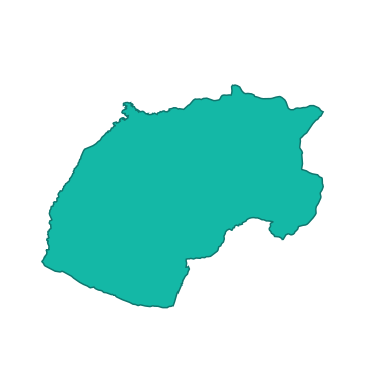 the district of El Castillo, Meta, Colombia, rotated 115°
{"feature_id": "7082276B77029977474757", "entity_name": "El Castillo", "entity_type": "district", "adm_level": 2, "iso_a3": "COL", "parent_name": "Colombia", "parent_adm1": "Meta", "projection": "robinson", "projection_center": [-73.882, 3.627], "detail": "fine", "context": "isolated", "style": "filled", "palette": "teal", "viewbox_px": 384, "rotation_deg": 115, "n_neighbors": 0, "source": "geoboundaries", "source_scale": "gbopen_adm2", "svg_char_len": 6062}
<svg xmlns="http://www.w3.org/2000/svg" viewBox="0 0 384 384"><g transform="rotate(115 192 192)"><path d="M63.9,107.0L63.9,108.9L63.3,110.6L62.8,111.2L62.2,112.8L62.3,118.3L63.9,121.6L66.6,123.7L67.7,125.2L68.4,126.8L70.5,129.5L71.4,132.1L72.4,133.4L74.5,134.8L75.6,137.0L75.8,137.9L75.5,139.8L75.1,140.5L70.7,144.8L69.3,146.9L68.4,150.5L68.3,152.3L68.6,153.2L70.5,155.9L73.3,159.0L74.2,160.4L77.4,166.9L78.0,169.0L78.3,172.5L78.9,175.7L77.9,176.7L77.9,179.5L79.0,182.9L80.3,185.2L80.3,187.0L79.3,189.5L76.7,193.1L76.5,195.9L76.9,198.3L77.6,198.7L78.1,200.4L79.9,200.6L83.4,198.5L85.5,197.8L87.7,197.5L88.3,199.3L89.7,201.6L90.6,204.0L91.7,205.4L93.3,205.9L95.7,205.9L97.2,206.5L99.2,209.3L100.0,211.0L100.7,218.2L102.4,221.2L104.3,222.7L104.5,224.4L105.9,226.9L106.4,228.4L108.1,229.5L113.6,231.0L114.2,231.3L114.7,231.9L120.6,234.4L121.9,238.9L122.6,239.4L122.5,242.1L123.4,244.2L125.1,245.8L126.4,247.7L126.7,247.8L127.6,246.8L128.6,247.8L129.4,248.0L129.9,248.4L130.6,250.7L130.3,251.6L131.3,252.9L132.4,253.5L132.6,254.8L133.6,254.9L135.0,256.5L136.5,256.4L136.4,259.3L137.5,260.2L137.5,261.0L138.5,261.1L138.9,261.6L139.9,263.3L140.4,265.0L140.3,265.4L139.6,265.2L140.6,266.8L139.6,269.9L139.8,271.0L141.1,272.7L140.9,273.9L142.1,274.0L141.8,274.7L140.8,274.7L140.8,275.4L141.4,275.8L141.2,276.5L141.6,277.3L141.3,277.4L140.5,276.7L140.5,278.5L139.1,280.3L139.2,281.1L139.9,281.8L139.8,282.2L139.2,282.7L139.5,283.6L138.9,283.8L138.6,283.6L138.5,282.6L138.3,282.4L137.7,282.6L137.4,283.6L137.8,284.9L137.7,285.2L137.0,285.4L137.9,286.5L138.1,287.0L138.0,288.0L139.0,289.9L139.7,290.5L140.3,291.3L140.8,291.5L142.5,290.7L141.4,289.7L141.9,288.3L141.6,287.5L142.0,287.4L142.5,288.1L143.4,287.0L143.8,287.7L144.0,286.8L145.0,287.0L145.5,288.0L146.2,288.1L146.7,288.8L147.8,289.3L149.4,289.2L149.8,288.6L149.9,287.7L149.1,285.8L149.3,285.5L150.3,285.5L150.6,284.3L150.5,283.1L149.7,282.0L150.7,281.8L151.2,282.4L151.4,281.6L151.8,281.4L155.3,283.3L155.3,283.7L154.0,283.9L154.1,284.9L155.1,285.2L155.3,285.7L154.8,286.0L153.9,285.8L154.2,286.4L155.0,287.2L156.5,288.0L156.9,287.6L157.1,288.0L158.0,287.8L158.4,287.1L160.4,288.2L160.6,288.9L161.3,289.3L160.6,290.2L162.6,292.4L163.3,292.4L164.2,290.9L164.2,289.8L164.4,289.6L165.2,290.5L167.4,290.9L168.1,291.9L168.4,291.7L169.2,292.0L171.0,291.8L172.3,293.8L173.0,294.0L173.5,293.3L174.2,294.3L175.1,294.9L177.3,295.3L180.3,296.7L184.0,297.1L186.0,298.4L188.8,299.4L191.9,301.3L198.6,307.4L200.8,307.7L207.2,307.5L208.9,306.9L209.9,307.5L212.7,307.1L214.0,307.4L215.4,306.8L216.6,306.9L217.6,307.6L218.6,307.4L220.8,308.5L221.9,308.0L223.4,308.3L224.4,307.2L225.9,307.8L227.9,307.6L230.5,308.0L231.5,308.5L233.2,307.9L234.6,308.1L235.6,308.8L236.9,309.2L238.0,310.0L239.5,309.9L241.3,310.6L242.5,310.1L244.0,310.4L245.0,310.1L245.7,310.2L246.4,310.8L246.5,311.6L247.0,312.0L247.6,311.8L249.1,312.3L250.7,312.4L252.6,310.7L253.2,310.7L254.8,311.8L256.9,310.7L257.8,310.6L258.5,311.1L258.9,312.3L259.6,312.9L260.3,313.0L261.3,312.1L262.7,312.3L263.5,312.0L263.9,312.2L264.6,313.4L266.0,313.1L266.9,312.7L268.9,313.0L270.0,312.5L271.6,312.3L272.8,311.4L276.3,307.3L276.8,307.3L278.1,308.6L280.4,308.3L281.0,307.6L281.3,306.3L284.5,304.5L284.8,304.4L285.5,305.0L286.6,305.4L287.5,305.0L288.2,305.7L289.0,305.8L290.7,304.7L291.5,304.8L291.9,303.9L292.9,303.4L293.7,302.4L294.6,302.5L295.2,303.5L296.5,303.5L297.1,303.1L297.1,301.8L297.4,301.5L298.4,301.8L299.1,301.0L299.7,300.9L301.3,298.9L302.4,298.3L304.0,297.8L304.6,297.3L305.0,297.6L305.8,299.4L306.5,299.4L308.0,297.9L308.7,297.9L309.7,297.4L312.5,298.1L313.0,297.8L313.5,298.3L315.1,298.1L316.9,298.2L318.2,298.7L318.6,298.5L319.4,296.5L320.8,294.8L321.1,293.8L321.6,282.6L320.3,278.0L319.9,277.3L318.8,276.4L318.6,275.3L319.2,265.6L320.1,262.8L321.3,255.7L321.6,251.2L321.4,247.0L321.8,244.8L321.8,243.7L319.6,240.7L320.4,238.8L320.4,235.5L319.6,232.2L320.3,229.4L319.5,227.1L319.1,222.2L318.9,221.4L318.4,220.7L318.7,219.4L318.1,218.0L318.8,216.6L319.0,215.4L319.0,209.5L318.4,202.0L318.6,198.1L317.8,195.6L317.7,192.9L316.0,191.0L315.1,186.4L313.6,181.6L311.6,179.3L311.5,178.2L309.9,174.4L309.3,170.0L307.3,165.6L305.4,164.4L304.6,162.8L303.3,161.6L303.1,161.0L298.9,161.4L290.3,162.8L288.6,162.7L289.1,161.9L281.0,162.2L280.6,161.8L279.7,162.8L278.9,162.0L277.9,162.5L276.4,162.6L276.0,163.0L275.4,162.7L271.2,162.5L268.3,161.4L265.7,161.9L262.9,161.8L261.1,163.8L261.8,164.1L262.7,165.6L259.2,166.6L258.0,167.3L257.1,168.2L255.3,168.8L254.2,167.4L253.7,166.1L253.1,165.6L252.6,164.8L252.0,162.2L250.1,160.4L248.6,156.5L247.2,155.5L246.1,152.7L244.5,151.6L243.8,150.0L242.5,148.1L241.9,147.7L235.0,144.1L233.8,143.9L230.4,144.6L228.6,143.2L226.3,143.3L224.1,142.4L220.9,142.9L218.5,144.4L215.7,144.3L214.0,144.7L211.8,144.1L209.9,142.6L209.7,141.8L209.9,140.1L209.7,139.6L207.1,139.5L206.4,138.5L205.3,138.9L204.2,138.6L203.2,137.7L203.1,135.7L202.8,135.4L201.4,135.6L201.1,135.1L201.2,134.3L199.8,132.8L198.9,133.3L198.4,133.2L195.6,130.8L193.8,130.6L191.7,129.1L190.0,127.0L189.0,125.1L188.5,123.1L187.8,121.9L187.5,119.4L187.6,117.0L186.8,115.0L186.8,112.5L185.7,109.9L184.8,106.5L184.9,106.1L185.3,106.1L186.4,107.2L187.6,107.5L188.2,107.4L189.4,106.5L190.2,106.3L192.1,106.6L192.9,106.4L193.9,105.5L194.5,103.8L195.3,103.1L195.8,102.4L195.8,101.2L196.2,100.6L196.4,99.3L197.4,98.4L196.0,94.5L195.9,93.1L196.1,91.7L196.3,90.9L196.9,90.2L196.4,89.3L191.2,88.8L189.4,87.4L189.1,86.7L189.0,84.3L188.5,83.4L187.3,82.3L186.0,81.8L184.2,81.8L183.7,81.4L181.1,80.5L178.3,80.9L175.4,77.5L173.8,75.1L172.6,74.1L171.0,73.4L164.2,71.3L160.4,70.6L158.8,70.6L155.1,72.6L152.7,73.2L149.0,72.7L142.9,72.8L141.6,73.3L139.3,75.1L138.2,75.4L135.2,75.0L131.8,75.3L130.2,76.4L129.4,77.3L125.1,79.5L124.3,80.3L124.4,82.9L123.3,85.4L124.7,90.7L124.9,93.9L124.5,97.2L125.2,102.0L124.5,102.5L119.7,103.8L111.6,108.4L109.9,108.4L108.5,109.7L106.7,112.7L106.0,113.3L100.2,115.2L98.1,116.4L97.5,116.4L96.1,115.7L92.7,114.6L90.0,113.1L79.1,111.4L74.4,110.0L73.8,109.3L72.4,108.6L69.9,108.3L68.6,107.3L63.9,107.0Z" fill="#14b8a6" stroke="#0f766e" stroke-width="1.5"/></g></svg>